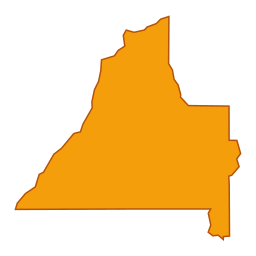 outline of Conecuh, Alabama, United States of America
{"feature_id": "52423323B58317366123226", "entity_name": "Conecuh", "entity_type": "district", "adm_level": 2, "iso_a3": "USA", "parent_name": "United States of America", "parent_adm1": "Alabama", "projection": "equal_earth", "projection_center": [-86.986, 31.468], "detail": "fine", "context": "isolated", "style": "filled", "palette": "amber", "viewbox_px": 256, "rotation_deg": 0, "n_neighbors": 0, "source": "geoboundaries", "source_scale": "gbopen_adm2", "svg_char_len": 766}
<svg xmlns="http://www.w3.org/2000/svg" viewBox="0 0 256 256"><path d="M15.4,209.4L130.5,209.0L210.7,209.0L208.3,213.2L210.8,225.1L208.2,232.2L212.9,235.8L218.2,235.2L223.3,239.5L223.4,236.6L229.5,236.1L229.2,184.3L228.8,176.1L231.7,175.3L239.1,166.7L236.7,159.0L240.6,153.6L236.9,140.4L229.1,140.3L229.0,106.1L188.4,105.6L180.5,97.1L180.7,94.5L178.1,85.0L174.1,79.4L172.4,70.0L168.6,63.6L168.9,16.5L160.6,19.2L156.3,23.6L147.1,27.0L144.4,30.0L134.1,32.3L126.2,30.1L123.3,35.4L124.8,46.1L118.2,50.4L114.4,55.9L101.5,59.8L100.8,70.7L98.6,81.4L94.5,89.6L91.9,101.9L92.2,107.9L83.0,124.1L80.4,131.9L75.0,133.2L73.6,133.8L61.5,148.3L53.9,154.2L43.5,172.2L39.2,174.4L35.3,186.9L25.5,193.5L17.3,203.2L15.4,209.4Z" fill="#f59e0b" stroke="#b45309" stroke-width="1.5"/></svg>